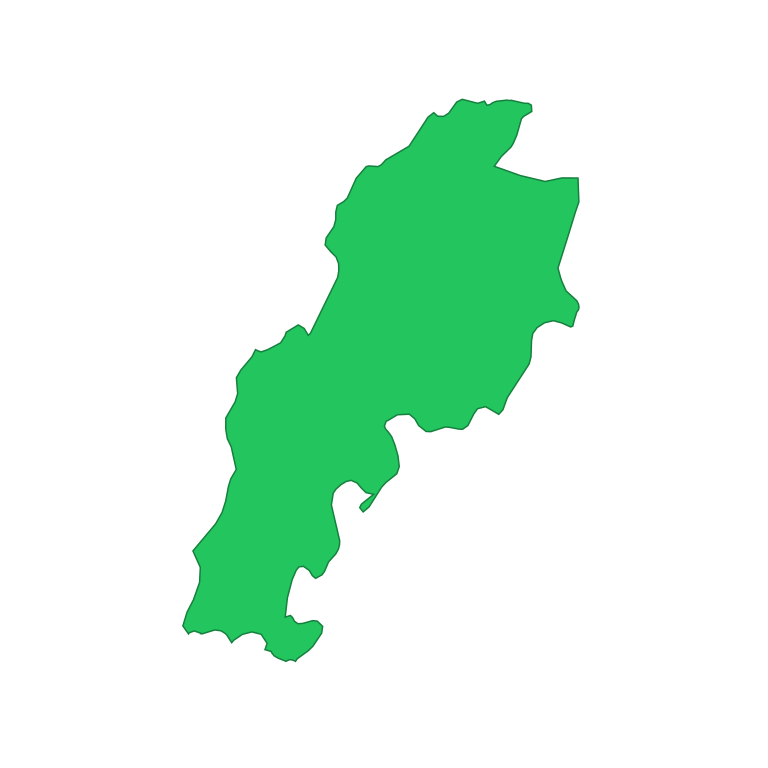 SVG path tracing the border of Noord-Brabant, rotated 301°
{"feature_id": "NLD-3483", "entity_name": "Noord-Brabant", "entity_type": "Province", "adm_level": 1, "iso_a3": "NLD", "parent_name": "Netherlands", "parent_adm1": "", "projection": "robinson", "projection_center": [5.036, 51.526], "detail": "fine", "context": "isolated", "style": "filled", "palette": "green", "viewbox_px": 768, "rotation_deg": 301, "n_neighbors": 0, "source": "natural_earth", "source_scale": "10m", "svg_char_len": 2677}
<svg xmlns="http://www.w3.org/2000/svg" viewBox="0 0 768 768"><g transform="rotate(301 384 384)"><path d="M284.1,431.9L281.6,424.5L283.2,418.0L285.3,411.9L284.5,405.5L281.0,401.8L275.4,398.9L269.2,397.0L264.3,396.7L253.2,401.2L227.0,426.6L223.5,428.6L218.9,430.0L213.7,430.2L202.9,428.1L193.1,429.5L188.6,429.2L182.2,425.5L182.8,421.3L185.7,416.0L186.2,408.9L183.5,405.3L179.2,404.7L169.2,406.0L151.0,411.3L133.3,419.4L137.4,423.0L136.7,426.0L134.5,429.4L134.2,433.7L136.8,437.5L144.4,444.7L146.4,448.9L144.7,456.2L138.3,458.9L122.5,458.1L115.9,456.3L103.7,451.1L100.7,451.0L100.7,450.8L100.3,447.7L99.0,444.9L95.8,442.8L94.5,434.6L94.4,429.7L95.0,428.4L95.4,426.9L96.6,425.2L95.1,419.0L95.0,418.8L101.5,417.4L106.2,407.6L103.4,398.4L96.4,391.5L87.0,387.2L83.8,386.7L88.0,378.3L88.4,376.5L88.5,371.4L86.2,366.0L85.1,364.8L76.2,356.8L76.0,356.4L76.2,356.5L74.6,348.5L70.4,345.2L69.1,345.2L72.9,336.5L73.0,336.2L87.0,332.7L100.9,331.8L119.0,328.1L132.2,321.0L142.5,306.2L177.5,311.7L190.4,311.4L202.1,308.6L216.1,303.4L223.9,301.5L234.6,301.4L251.5,285.4L256.4,277.9L263.7,271.7L273.4,265.9L292.0,265.6L300.4,263.5L313.4,254.2L322.1,254.1L339.3,256.8L347.3,256.2L347.5,258.7L348.2,262.1L353.5,266.6L366.1,274.2L374.3,274.4L378.0,273.5L390.5,280.1L390.5,287.0L386.7,294.0L389.7,294.8L451.5,289.4L457.9,286.9L463.9,283.0L468.2,277.5L469.9,270.4L472.8,262.0L479.5,259.2L493.1,260.0L500.0,258.0L506.6,254.1L513.1,252.0L519.6,255.5L524.5,256.8L546.1,254.2L561.2,256.8L563.1,258.7L567.3,266.9L570.5,268.8L577.1,270.1L600.7,283.0L635.4,284.3L642.2,286.9L641.2,292.1L644.1,297.3L649.5,300.0L663.1,301.1L668.3,304.4L672.9,319.8L678.2,324.4L676.0,328.5L677.7,330.7L681.1,332.3L684.2,334.7L690.9,343.5L691.3,345.1L692.7,346.9L696.9,359.6L698.9,363.2L698.9,366.7L693.7,370.3L685.4,365.9L682.1,365.2L665.5,369.7L656.4,370.9L652.4,370.8L639.5,367.4L627.4,366.4L632.8,393.3L640.6,417.8L652.2,430.3L660.5,444.2L648.2,452.2L640.4,457.3L630.0,459.5L605.9,465.5L573.0,473.4L565.9,480.8L563.5,483.7L557.6,492.1L554.6,506.5L552.7,509.5L550.3,511.6L547.8,512.5L544.9,512.2L536.8,514.2L531.1,515.9L531.0,516.0L529.0,514.6L527.9,504.9L525.5,496.6L519.2,490.1L511.2,486.2L503.9,485.5L497.2,488.1L483.0,496.0L475.9,498.1L435.8,496.7L425.2,498.8L423.1,499.2L417.1,498.0L416.9,482.8L411.0,476.9L404.7,476.4L391.6,477.3L385.7,474.7L384.1,471.9L380.6,462.5L378.8,458.8L367.2,448.6L365.0,444.5L366.2,435.2L370.0,428.4L371.2,421.3L364.5,411.3L354.4,406.0L353.4,405.0L348.2,406.0L346.2,408.6L345.0,412.6L342.7,417.8L337.4,424.7L329.6,433.0L321.1,439.6L313.7,441.2L300.7,436.4L294.4,435.1L270.8,434.5L263.6,432.0L265.5,426.9L269.3,426.5L284.1,431.9Z" fill="#22c55e" stroke="#15803d" stroke-width="1.5"/></g></svg>